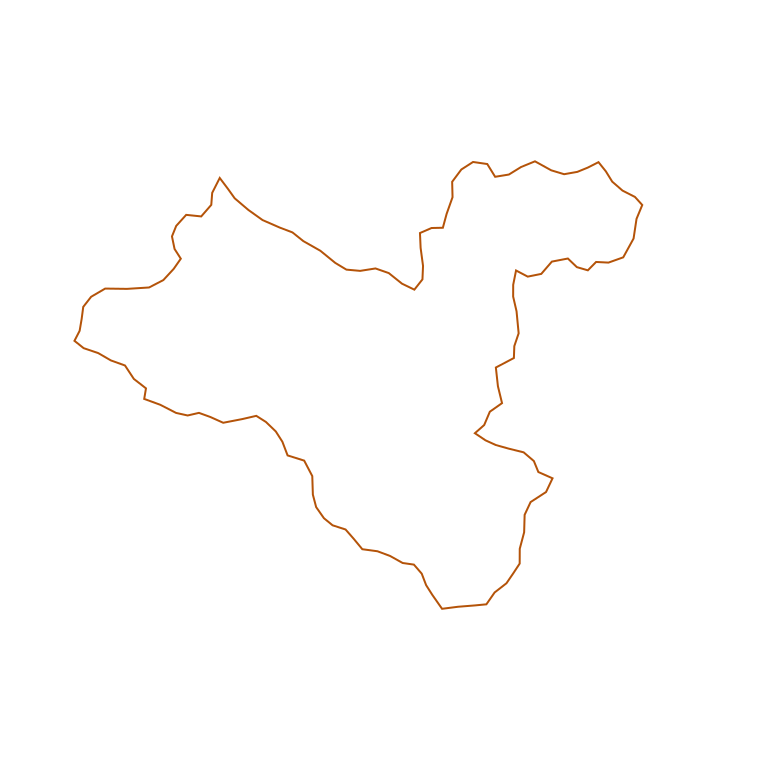 the district of Pequeri, Minas Gerais, Brazil, rotated 77°
{"feature_id": "56859067B74304028561666", "entity_name": "Pequeri", "entity_type": "district", "adm_level": 2, "iso_a3": "BRA", "parent_name": "Brazil", "parent_adm1": "Minas Gerais", "projection": "albers", "projection_center": [-43.135, -21.825], "detail": "fine", "context": "isolated", "style": "outline", "palette": "amber", "viewbox_px": 768, "rotation_deg": 77, "n_neighbors": 0, "source": "geoboundaries", "source_scale": "gbopen_adm2", "svg_char_len": 1843}
<svg xmlns="http://www.w3.org/2000/svg" viewBox="0 0 768 768"><g transform="rotate(77 384 384)"><path d="M216.1,125.1L219.0,136.8L220.8,147.9L220.1,161.3L213.4,173.0L201.0,186.8L203.4,201.6L208.0,215.2L207.1,229.1L192.9,233.9L187.7,247.3L192.4,260.4L202.3,272.1L217.4,275.2L232.3,284.7L245.0,291.5L242.7,302.6L245.0,315.0L259.6,317.7L277.7,319.4L290.7,323.0L298.9,333.2L290.3,343.9L277.0,354.4L269.5,366.3L268.4,381.8L264.1,394.9L255.1,404.2L239.8,416.1L226.7,430.4L215.7,439.1L208.2,450.3L197.0,465.4L183.9,477.0L169.5,487.7L158.9,492.1L146.3,497.7L159.1,508.4L170.6,512.0L179.6,524.4L174.7,538.7L183.2,550.9L192.5,557.4L205.3,557.7L216.2,553.8L224.5,563.0L233.1,575.6L237.1,591.2L233.5,613.0L228.3,634.2L233.1,649.7L241.2,659.7L252.7,664.0L263.7,668.6L272.3,675.9L281.5,668.6L289.6,655.5L299.6,644.8L307.7,632.2L322.8,626.6L334.7,616.9L344.6,621.0L353.9,606.7L365.4,593.1L370.5,582.4L370.5,570.8L377.1,560.6L385.6,549.4L386.3,530.0L386.3,515.6L394.4,507.6L405.9,500.1L417.4,496.0L431.9,494.0L440.7,479.0L457.6,474.6L475.8,478.2L488.7,477.8L501.3,472.7L510.1,465.9L517.1,454.2L527.9,448.4L540.1,442.3L545.5,428.0L552.9,416.8L562.6,406.1L566.7,395.5L577.3,389.9L589.5,388.2L600.5,384.3L616.1,378.0L617.7,362.0L620.2,345.2L621.7,333.8L612.0,323.1L605.7,309.5L597.6,300.7L589.5,292.2L575.1,288.8L560.0,280.8L543.1,276.4L532.0,267.7L525.7,250.4L513.8,241.0L504.5,253.4L492.8,255.3L482.0,263.3L475.0,277.1L468.6,288.8L461.7,297.8L452.4,306.5L446.5,295.6L434.8,287.1L429.2,273.3L411.8,273.5L393.1,271.3L387.9,251.6L376.4,248.5L364.9,241.4L343.0,238.5L327.9,238.5L316.4,235.8L303.1,229.8L311.7,219.8L312.1,206.0L302.5,192.9L303.1,176.6L313.5,169.8L319.1,159.8L312.8,149.9L316.2,138.0L314.4,122.4L298.4,108.1L279.9,100.8L267.7,92.1L258.2,97.4L249.2,108.1L238.2,116.1L226.7,120.0L216.1,125.1Z" fill="none" stroke="#b45309" stroke-width="2"/></g></svg>